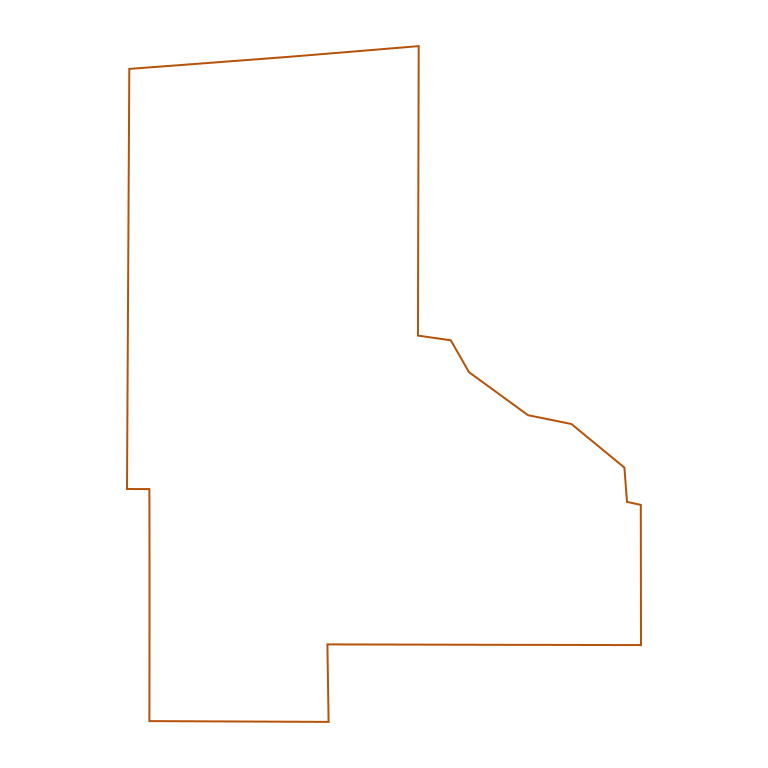 outline of Jefferson Davis, Mississippi, United States of America
{"feature_id": "52423323B71217436545860", "entity_name": "Jefferson Davis", "entity_type": "district", "adm_level": 2, "iso_a3": "USA", "parent_name": "United States of America", "parent_adm1": "Mississippi", "projection": "equal_earth", "projection_center": [-89.767, 31.582], "detail": "fine", "context": "isolated", "style": "outline", "palette": "amber", "viewbox_px": 768, "rotation_deg": 0, "n_neighbors": 0, "source": "geoboundaries", "source_scale": "gbopen_adm2", "svg_char_len": 412}
<svg xmlns="http://www.w3.org/2000/svg" viewBox="0 0 768 768"><path d="M552.0,644.9L641.0,645.1L640.8,504.9L627.0,501.9L624.4,467.6L571.4,424.0L528.0,415.2L469.0,372.2L450.8,340.3L418.0,335.6L418.1,279.0L418.5,127.4L418.7,46.1L290.4,56.7L129.3,68.9L127.0,489.0L149.4,489.1L149.5,559.7L149.5,632.6L149.4,721.1L328.6,721.9L327.4,644.4L529.8,644.9L552.0,644.9Z" fill="none" stroke="#b45309" stroke-width="2"/></svg>